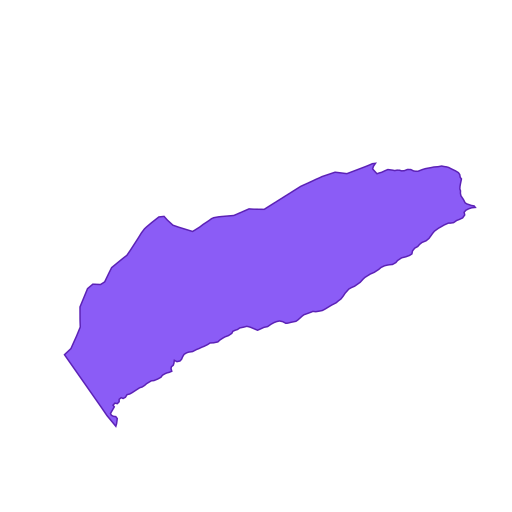 Centro do Guilherme, Maranhão, Brazil, rotated 55°
{"feature_id": "56859067B30223143423538", "entity_name": "Centro do Guilherme", "entity_type": "district", "adm_level": 2, "iso_a3": "BRA", "parent_name": "Brazil", "parent_adm1": "Maranhão", "projection": "equal_earth", "projection_center": [-46.079, -2.413], "detail": "fine", "context": "isolated", "style": "filled", "palette": "violet", "viewbox_px": 512, "rotation_deg": 55, "n_neighbors": 0, "source": "geoboundaries", "source_scale": "gbopen_adm2", "svg_char_len": 3197}
<svg xmlns="http://www.w3.org/2000/svg" viewBox="0 0 512 512"><g transform="rotate(55 256 256)"><path d="M342.0,48.5L340.1,48.6L338.1,50.6L334.1,53.5L332.3,54.2L328.8,53.7L324.2,53.6L321.9,52.6L319.9,51.1L318.0,50.6L316.1,49.1L314.7,47.7L312.5,45.4L310.7,43.5L308.7,43.6L306.1,42.4L303.8,42.4L300.6,43.8L296.5,46.1L294.0,47.4L292.4,48.7L290.5,50.7L288.8,52.3L287.3,55.6L285.1,59.3L284.0,61.9L281.6,67.1L280.6,70.2L279.5,74.7L278.0,76.8L276.6,78.2L274.0,79.6L272.0,82.3L271.2,85.6L269.7,88.0L268.1,89.2L266.6,91.2L265.6,93.4L264.0,94.9L260.8,98.4L260.1,101.6L259.5,105.1L258.7,107.3L258.0,109.7L255.9,110.0L253.6,110.3L251.5,110.5L249.8,108.2L248.6,105.0L247.1,107.8L246.6,110.5L245.5,115.3L240.7,134.3L235.0,140.6L232.7,143.2L228.8,156.4L228.4,159.0L227.6,162.8L226.9,167.0L225.0,177.2L224.6,179.5L222.6,219.8L222.5,222.5L216.0,231.5L213.4,234.7L210.1,250.9L203.9,261.6L202.4,264.3L200.4,268.6L199.9,271.1L200.0,273.9L199.9,278.1L199.8,281.1L200.0,285.4L199.7,291.5L199.5,293.9L188.2,302.7L183.1,306.4L175.8,308.0L170.8,308.6L168.3,313.2L168.8,322.4L169.4,329.0L169.8,331.8L171.4,336.7L173.9,342.5L179.1,355.3L181.4,361.4L181.5,364.3L181.8,369.1L182.7,380.9L185.2,385.5L190.4,394.8L190.3,397.3L190.2,399.7L185.5,405.8L186.1,412.7L196.8,429.4L207.6,436.9L213.4,440.7L218.6,448.8L222.1,454.7L225.7,460.7L227.0,469.5L246.7,469.5L288.0,469.5L290.3,469.5L299.7,469.6L301.5,469.6L315.1,468.5L313.4,466.4L311.9,465.0L309.6,462.9L307.1,463.0L305.5,464.8L303.5,465.8L301.5,465.5L299.9,462.0L298.3,458.6L296.2,458.7L295.6,456.0L297.4,454.3L296.9,451.7L294.9,450.3L294.7,447.7L296.5,446.6L296.8,444.0L295.6,441.1L296.6,438.6L296.9,435.7L297.0,432.1L297.1,429.6L297.2,426.8L298.0,424.4L298.1,421.3L297.8,418.8L298.0,416.2L298.2,413.3L299.5,411.1L300.4,407.1L300.8,403.4L300.0,401.1L300.2,398.4L300.6,396.2L301.5,393.9L302.1,391.1L299.5,390.2L298.2,388.8L298.0,386.4L296.8,384.8L294.6,382.7L297.2,381.4L298.4,378.5L297.9,376.2L296.4,373.8L295.3,371.3L295.5,368.4L296.1,366.3L297.9,362.8L298.5,358.2L299.1,355.9L299.6,352.8L300.2,350.4L300.8,346.5L300.9,343.5L302.8,340.5L304.5,336.5L304.1,333.8L304.2,330.8L304.4,328.0L305.4,324.2L305.5,320.2L304.4,318.2L304.9,315.5L305.6,313.3L305.6,310.6L307.2,306.9L308.3,303.9L309.8,302.5L311.2,301.4L314.2,299.5L317.7,297.3L318.3,294.3L319.0,290.4L320.5,286.9L320.5,282.7L320.9,279.3L321.6,276.6L322.7,274.0L325.2,271.7L328.2,270.2L329.2,268.5L330.5,265.1L331.5,262.8L332.4,260.7L332.4,258.3L331.7,252.8L331.6,250.5L332.2,248.3L333.5,243.5L334.0,241.2L335.9,239.0L337.3,236.1L338.7,232.9L339.1,229.7L339.3,226.4L339.6,222.1L340.3,217.1L340.0,214.2L339.9,211.0L338.8,207.4L337.6,204.4L336.3,198.9L336.6,195.9L337.3,192.6L337.3,189.6L337.3,185.8L336.3,181.3L336.0,179.1L336.3,172.9L337.2,168.5L337.4,163.2L337.1,160.2L337.7,156.4L338.8,153.6L339.7,151.7L341.2,149.1L341.6,145.2L340.9,142.7L341.0,137.8L342.6,133.7L343.6,129.9L343.7,127.1L341.6,124.9L340.6,121.4L341.0,118.1L340.3,115.3L340.1,112.3L341.1,107.9L340.8,104.2L338.8,98.5L338.0,95.6L337.9,90.6L338.2,87.7L338.5,84.1L339.4,79.5L340.6,77.8L342.0,75.0L342.0,71.2L342.7,68.4L343.3,64.9L342.1,61.5L339.5,60.4L338.9,57.8L339.3,54.8L340.2,51.7L342.0,48.5Z" fill="#8b5cf6" stroke="#5b21b6" stroke-width="1.5"/></g></svg>